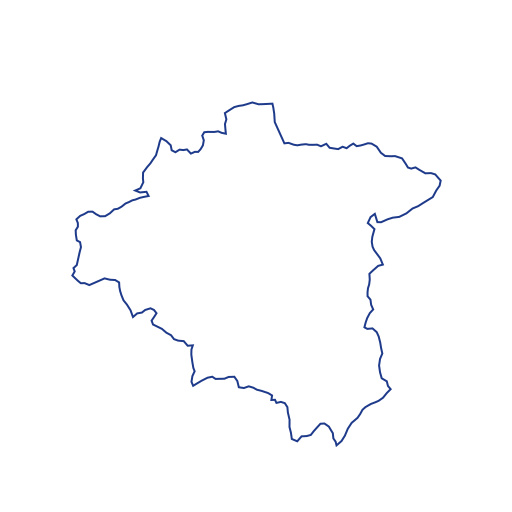 Bragança Paulista, São Paulo, Brazil (Robinson projection), rotated 25°
{"feature_id": "56859067B47210019217974", "entity_name": "Bragança Paulista", "entity_type": "district", "adm_level": 2, "iso_a3": "BRA", "parent_name": "Brazil", "parent_adm1": "São Paulo", "projection": "robinson", "projection_center": [-46.559, -22.936], "detail": "fine", "context": "isolated", "style": "outline", "palette": "blue", "viewbox_px": 512, "rotation_deg": 25, "n_neighbors": 0, "source": "geoboundaries", "source_scale": "gbopen_adm2", "svg_char_len": 3433}
<svg xmlns="http://www.w3.org/2000/svg" viewBox="0 0 512 512"><g transform="rotate(25 256 256)"><path d="M403.2,388.6L406.7,390.7L409.0,393.6L411.7,387.6L412.5,381.2L412.2,373.8L413.2,366.8L416.4,359.8L417.2,355.1L417.5,350.3L419.1,346.6L422.6,341.6L425.9,338.2L428.3,335.5L431.0,330.8L432.5,324.8L434.3,319.8L430.5,318.0L427.5,314.3L421.6,313.7L417.5,308.9L413.8,303.2L411.9,296.8L411.7,291.0L408.1,286.3L405.2,282.0L401.2,277.1L397.6,274.0L392.2,272.4L387.7,275.0L384.4,274.8L383.5,270.0L383.0,265.3L383.3,259.6L384.8,254.9L381.0,251.6L378.2,247.2L374.1,245.3L372.4,241.7L371.1,237.8L370.6,234.0L369.1,229.4L366.3,224.2L368.1,219.7L370.9,213.3L374.6,210.2L369.6,205.6L360.5,200.7L357.7,198.3L354.9,194.2L353.3,189.4L352.0,181.6L347.5,180.0L343.4,178.9L343.4,172.3L345.9,167.6L351.7,174.0L355.1,172.5L359.7,167.2L363.7,163.5L369.3,160.0L374.3,153.8L377.8,146.8L381.9,142.3L385.6,136.5L391.3,127.9L391.7,120.3L392.7,114.7L391.5,109.6L388.0,108.1L384.0,106.3L379.6,106.9L374.5,109.5L367.6,108.9L363.1,108.3L359.7,111.2L356.3,111.6L352.6,109.1L347.1,105.8L339.8,106.7L336.3,108.5L330.8,110.8L325.6,109.7L319.2,105.9L313.2,105.3L309.8,106.5L306.9,109.2L304.0,111.7L300.8,113.9L296.7,113.0L294.4,116.4L292.6,120.0L288.3,120.4L285.3,124.4L281.6,125.5L277.0,126.8L272.3,124.6L268.5,129.1L264.3,129.3L260.6,131.2L257.0,132.8L253.9,133.6L250.0,135.9L246.7,138.2L243.2,139.2L237.7,139.7L234.1,141.9L216.4,126.7L212.3,119.2L208.9,114.1L206.5,111.0L198.2,115.4L194.2,117.4L187.8,118.4L183.2,122.6L180.4,125.0L177.0,127.2L173.4,130.2L170.8,134.2L167.4,139.6L171.4,144.7L172.1,149.5L174.8,154.2L177.0,157.9L172.8,158.9L169.0,159.0L165.8,161.2L159.8,163.9L156.8,165.7L156.4,169.6L159.8,173.2L161.1,178.1L160.7,182.4L159.6,186.1L156.6,187.4L153.7,190.7L148.4,188.6L145.4,190.7L141.8,191.9L139.1,196.0L134.9,195.8L131.9,191.7L126.3,189.8L120.2,189.2L120.4,193.1L121.4,198.0L122.1,202.8L122.8,206.9L121.8,212.3L121.1,216.8L119.8,221.3L118.4,228.1L120.7,233.4L122.7,236.8L122.6,243.5L118.9,247.7L124.1,247.4L129.6,244.1L133.3,247.0L129.3,249.9L126.1,252.4L123.0,255.7L120.3,257.9L117.9,261.0L115.6,263.5L113.2,268.3L110.8,271.6L107.7,273.7L105.5,279.1L102.4,283.7L98.0,285.9L93.4,285.7L89.1,284.9L85.2,286.8L82.6,290.6L79.7,293.9L77.7,298.7L80.6,301.4L82.2,304.7L81.7,308.9L83.8,312.9L87.0,317.6L90.7,317.8L93.6,321.9L94.6,327.3L96.2,334.5L97.4,340.0L95.7,344.1L98.2,346.6L97.8,351.3L101.0,352.4L104.9,353.7L108.7,354.7L112.2,353.0L117.2,352.8L121.1,348.4L124.8,344.2L128.2,340.3L133.7,339.2L138.5,337.3L143.1,337.8L145.3,341.9L147.7,345.2L150.5,348.3L154.7,352.2L159.6,354.6L165.2,358.2L170.3,363.3L172.6,358.2L176.5,355.5L178.4,351.7L182.5,348.0L186.3,348.0L190.0,349.9L189.5,353.8L188.7,358.7L191.6,361.6L201.5,361.8L207.2,363.4L212.5,363.7L216.8,366.0L221.2,365.6L226.5,363.7L232.0,366.2L236.5,363.7L237.0,368.0L239.0,372.6L242.9,378.7L246.5,383.9L249.1,386.4L249.1,391.7L250.7,397.3L253.9,400.2L256.7,396.0L259.5,391.9L263.5,386.8L267.4,383.9L271.3,384.5L274.7,382.8L279.2,380.6L282.3,377.2L287.4,374.6L291.9,377.2L295.9,382.2L300.8,380.8L304.5,377.2L309.1,376.5L313.3,376.8L318.0,375.9L324.9,375.1L329.5,375.6L330.8,380.0L334.0,378.3L336.6,380.5L340.2,377.7L344.3,377.2L348.3,379.7L351.0,384.3L355.6,390.2L358.6,396.8L362.4,401.5L365.8,406.7L371.7,406.5L373.5,400.2L378.0,397.8L381.3,395.0L382.4,390.2L383.7,385.9L385.3,380.8L388.8,378.9L394.1,379.8L397.3,382.0L400.5,384.1L403.2,388.6Z" fill="none" stroke="#1e3a8a" stroke-width="2"/></g></svg>